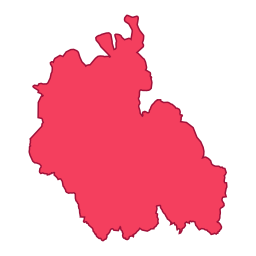 the district of Ra, Western, Fiji
{"feature_id": "14151628B53541640625043", "entity_name": "Ra", "entity_type": "district", "adm_level": 2, "iso_a3": "FJI", "parent_name": "Fiji", "parent_adm1": "Western", "projection": "equal_earth", "projection_center": [178.211, -17.485], "detail": "fine", "context": "isolated", "style": "filled", "palette": "rose", "viewbox_px": 256, "rotation_deg": 0, "n_neighbors": 0, "source": "geoboundaries", "source_scale": "gbopen_adm2", "svg_char_len": 5801}
<svg xmlns="http://www.w3.org/2000/svg" viewBox="0 0 256 256"><path d="M58.1,179.5L59.8,178.9L60.6,178.9L60.9,179.2L62.3,181.4L63.1,186.1L63.7,186.6L64.7,188.6L65.5,189.7L65.7,191.1L66.5,192.2L68.7,193.2L70.0,192.9L72.5,193.0L73.9,192.7L75.3,193.9L75.4,198.4L76.0,200.8L76.7,201.3L77.7,203.3L78.4,204.0L78.6,205.2L78.4,206.1L78.7,206.7L78.7,207.9L79.5,209.5L79.7,213.1L80.1,214.1L80.0,215.0L80.5,215.6L80.3,216.9L84.6,217.1L84.2,219.1L84.0,220.4L83.5,221.1L83.7,221.9L84.7,222.3L85.5,221.8L86.5,221.9L86.8,222.2L86.7,223.1L88.1,223.5L88.8,225.1L92.5,228.3L93.0,229.6L93.2,231.2L93.8,231.7L95.3,234.2L95.8,234.1L96.5,236.1L97.0,236.7L99.2,238.5L100.7,238.4L101.6,240.0L102.5,240.6L103.3,240.6L104.7,239.4L106.0,239.0L106.8,237.3L107.0,234.8L107.9,234.3L109.5,232.3L110.5,229.8L111.3,229.0L112.3,228.7L112.9,228.9L113.8,230.2L118.3,230.6L120.2,226.8L120.5,227.1L120.7,228.9L121.2,230.2L122.3,231.2L122.5,232.7L123.1,233.5L122.6,235.3L123.0,237.1L123.8,238.1L125.4,238.2L125.4,239.0L127.1,239.6L128.5,238.9L129.0,238.0L129.3,236.9L129.9,236.4L131.6,236.0L132.7,236.2L133.3,236.7L133.6,236.0L132.9,235.4L133.0,234.8L133.6,234.7L134.2,234.0L135.6,233.3L137.1,231.4L138.6,230.1L139.8,228.3L142.1,230.0L147.3,231.1L149.7,229.9L150.9,228.9L153.9,228.7L153.9,228.2L154.2,227.5L156.2,226.0L156.6,225.1L158.3,223.1L157.9,222.4L157.9,221.8L157.9,220.3L158.2,219.4L157.7,218.0L157.1,217.0L157.5,214.1L155.9,213.1L157.0,208.9L156.5,206.2L156.8,205.9L160.0,205.4L160.6,206.1L160.4,207.0L160.6,207.7L162.2,210.1L162.6,211.4L164.0,213.3L164.9,214.0L166.2,216.7L166.7,217.2L167.4,218.9L169.1,220.1L171.4,222.5L170.9,222.8L171.0,223.5L170.7,224.4L174.2,222.8L174.5,223.3L174.9,224.8L175.9,224.8L176.6,225.9L177.1,229.8L177.4,229.8L177.7,229.1L178.9,228.7L179.9,229.3L180.0,230.3L179.4,232.5L179.3,233.4L180.6,232.9L181.9,230.6L182.2,228.7L184.0,227.6L184.9,226.3L185.4,225.5L184.9,223.3L186.4,222.0L187.3,222.7L188.1,222.6L189.4,223.3L189.6,221.8L189.5,221.5L190.5,221.1L190.9,221.2L191.7,221.8L192.8,221.3L194.9,221.9L195.8,225.3L197.1,226.7L197.4,227.4L199.3,229.8L201.5,228.6L203.9,228.9L204.9,229.7L207.1,230.2L207.7,231.1L209.6,232.4L211.2,234.4L213.4,233.9L214.3,233.3L216.3,234.0L216.6,233.4L217.9,233.1L218.2,231.6L219.3,231.2L220.1,229.7L220.9,229.0L221.4,227.9L221.5,226.9L220.4,224.5L219.1,222.9L217.4,222.2L217.2,221.8L218.8,220.5L219.8,218.1L219.9,214.6L220.2,214.1L220.3,212.4L220.0,209.3L220.9,208.0L222.9,206.9L223.1,206.3L223.9,205.9L224.1,205.5L223.9,203.5L222.4,201.2L222.0,200.1L222.0,199.4L222.4,197.9L222.9,197.2L226.2,196.7L225.2,193.3L226.1,188.5L226.7,187.4L226.8,186.4L226.5,182.9L224.9,182.7L224.2,181.6L224.3,179.9L224.8,177.5L224.3,175.7L225.4,174.4L226.2,172.6L224.9,168.5L222.9,168.1L222.3,167.2L221.9,167.1L220.9,167.5L220.5,167.4L219.4,166.5L218.5,166.2L215.5,166.2L214.0,165.7L212.5,164.8L211.6,163.9L210.6,160.7L208.5,158.6L206.2,157.3L205.0,157.0L202.6,157.8L203.7,155.1L203.9,151.3L203.1,147.3L200.7,141.8L196.9,137.3L193.1,127.6L186.5,122.5L180.6,121.6L181.1,119.6L181.2,117.2L182.3,115.7L182.0,115.0L180.3,114.8L179.9,113.4L180.2,112.2L180.0,111.1L179.3,109.4L177.4,108.3L175.6,108.0L175.0,106.8L172.2,104.4L170.9,104.0L168.7,102.6L167.4,102.3L163.6,102.5L161.2,101.3L160.6,100.4L160.6,99.8L157.3,99.8L157.3,100.2L155.5,101.2L153.7,103.4L152.2,104.8L151.1,106.7L150.2,109.3L149.5,110.1L149.2,112.1L148.4,112.7L147.1,112.7L146.8,112.3L145.1,111.5L144.5,111.5L144.3,112.0L143.2,111.9L142.5,112.9L142.8,115.7L142.3,116.1L140.2,113.3L139.9,110.7L138.7,106.8L138.8,105.2L139.8,103.6L139.8,103.0L139.7,101.8L138.6,99.5L138.5,97.9L139.2,96.8L139.5,94.0L139.4,93.1L139.6,91.1L140.3,90.1L141.1,89.9L142.3,90.4L146.6,90.5L148.8,90.2L149.9,89.6L151.2,88.3L151.9,82.6L151.6,80.9L150.8,78.0L151.4,77.9L151.5,77.4L151.3,76.9L150.3,76.2L150.3,74.8L150.5,74.5L150.4,73.2L150.0,72.5L145.6,69.9L146.3,68.9L146.6,67.4L145.5,62.1L144.2,59.2L142.8,58.1L138.2,53.4L136.9,52.5L143.2,46.8L143.4,46.3L143.5,45.0L142.5,43.1L142.5,42.1L143.1,40.9L143.5,39.1L143.7,36.0L143.5,35.3L139.8,30.6L138.4,27.8L137.2,24.7L138.2,18.7L138.1,17.2L137.6,16.5L136.8,16.2L132.9,17.3L131.7,17.1L127.7,15.4L126.7,15.4L125.6,16.7L124.7,18.0L124.5,19.5L124.7,20.7L125.3,21.6L128.8,23.9L132.0,29.6L132.2,30.5L132.2,31.9L131.0,39.3L130.3,38.7L128.9,38.3L124.5,39.7L122.0,37.5L121.0,35.7L119.8,34.9L118.2,34.4L115.8,34.2L114.9,34.9L115.1,36.3L116.4,40.5L116.5,41.6L116.1,42.6L116.0,45.0L116.2,46.3L116.1,47.8L115.5,48.9L114.0,49.5L112.2,43.4L112.1,41.3L110.9,34.7L109.6,33.3L108.8,32.9L106.2,33.1L101.6,34.4L100.3,35.2L98.5,35.6L96.8,36.6L95.8,37.8L96.2,40.2L99.0,43.5L100.9,46.8L109.5,55.6L110.2,56.7L109.6,57.0L108.9,56.3L104.2,56.6L103.3,56.2L100.1,56.0L97.9,56.4L95.5,58.3L90.1,64.8L88.6,64.9L86.5,65.4L85.8,66.1L85.1,65.0L81.9,61.8L79.8,57.1L78.3,52.2L76.9,50.8L73.7,49.4L70.8,49.6L66.2,51.9L62.9,56.5L60.0,55.4L54.9,58.4L54.1,59.8L53.3,62.2L52.8,61.8L51.6,61.8L50.4,62.7L50.5,64.0L52.2,67.0L52.3,69.0L52.0,71.9L51.1,73.6L50.2,78.1L47.9,82.9L46.6,83.9L42.9,84.0L41.2,83.4L40.5,83.5L39.0,83.8L38.6,84.2L38.4,85.0L37.5,85.7L34.5,85.2L33.2,86.0L33.0,86.7L34.2,87.8L38.5,90.5L38.4,91.5L38.0,92.3L38.1,92.5L39.0,92.7L41.5,93.9L42.0,95.5L42.8,95.3L43.0,95.6L42.5,96.2L41.3,96.4L41.0,96.8L38.3,102.4L38.1,117.6L41.7,118.4L42.5,119.6L42.5,120.7L43.3,122.4L42.3,123.4L42.0,124.2L41.8,126.3L30.1,139.0L30.6,140.0L30.4,140.8L30.4,142.8L30.1,143.6L29.9,145.0L30.5,145.9L29.5,146.8L29.5,149.3L29.2,151.4L29.3,152.5L30.1,155.3L32.8,161.2L34.7,162.8L36.4,162.9L39.6,164.1L41.0,165.7L41.1,166.1L41.0,167.1L39.9,168.7L39.5,171.4L39.7,172.3L40.8,173.5L42.7,172.9L44.3,173.6L46.9,173.8L47.2,174.0L47.3,174.9L47.7,174.9L48.6,174.5L49.2,174.6L49.9,174.0L50.7,173.9L51.2,173.6L51.6,172.8L52.3,173.1L54.0,172.5L54.4,172.7L54.2,175.0L54.9,175.3L55.1,175.8L56.0,176.5L57.4,178.1L58.1,179.5Z" fill="#f43f5e" stroke="#9f1239" stroke-width="1.5"/></svg>